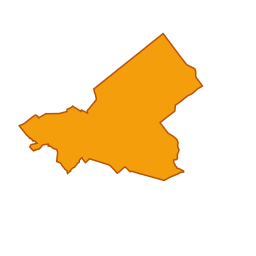 the district of Kombo Central, West Coast, Gambia, rotated 232°
{"feature_id": "56634734B211008456047", "entity_name": "Kombo Central", "entity_type": "district", "adm_level": 2, "iso_a3": "GMB", "parent_name": "Gambia", "parent_adm1": "West Coast", "projection": "robinson", "projection_center": [-16.653, 13.251], "detail": "fine", "context": "isolated", "style": "filled", "palette": "amber", "viewbox_px": 256, "rotation_deg": 232, "n_neighbors": 0, "source": "geoboundaries", "source_scale": "gbopen_adm2", "svg_char_len": 5093}
<svg xmlns="http://www.w3.org/2000/svg" viewBox="0 0 256 256"><g transform="rotate(232 128 128)"><path d="M196.9,43.8L196.6,43.6L185.0,43.8L184.2,43.8L183.4,44.0L183.2,44.1L181.9,44.3L181.2,44.3L180.9,44.2L180.5,44.2L180.3,44.3L179.9,44.4L179.9,44.7L180.1,44.9L179.8,45.0L179.3,45.1L178.9,45.3L178.7,45.4L178.4,45.2L178.1,45.2L177.7,45.1L177.3,45.2L177.0,45.2L176.5,45.1L176.0,45.1L176.0,45.3L176.1,45.5L176.1,46.0L175.9,46.1L175.7,46.3L175.5,46.5L175.3,46.6L174.9,46.6L174.7,46.7L174.2,46.6L173.9,46.7L173.4,46.7L173.0,46.8L172.5,46.8L172.0,46.9L174.6,41.4L173.6,38.9L168.9,39.3L168.8,39.5L168.7,39.6L168.4,39.7L168.0,39.7L168.1,40.0L168.0,40.5L168.0,40.8L167.9,41.0L168.0,41.4L167.4,41.4L167.4,41.9L167.4,42.2L167.3,42.3L166.8,43.6L166.3,44.6L166.3,46.2L166.3,46.6L166.4,46.8L166.5,47.8L166.6,48.2L166.8,48.6L167.0,49.5L167.0,49.9L167.1,50.4L166.9,50.8L166.9,51.1L166.6,51.6L166.3,51.9L166.1,52.5L165.8,52.9L165.2,53.9L165.0,54.2L164.8,54.6L164.5,55.1L164.4,55.3L163.9,55.3L163.7,55.1L163.5,54.8L163.4,54.6L163.3,54.2L163.1,54.0L162.9,53.9L162.7,54.1L162.4,54.7L162.2,54.9L161.9,55.0L161.5,55.3L161.3,55.6L161.2,55.9L161.1,56.0L160.9,56.1L160.7,56.0L160.4,55.9L160.1,56.0L159.4,56.1L159.1,56.2L158.8,56.2L158.6,56.4L158.3,56.5L157.6,56.7L155.3,58.4L155.0,58.6L154.1,58.3L152.3,57.7L152.1,57.5L151.8,57.2L151.1,56.6L150.9,56.4L150.6,56.1L150.0,55.5L149.7,55.2L148.9,54.5L148.7,54.3L148.2,53.8L147.8,53.3L147.2,52.8L146.5,52.1L146.1,51.6L145.9,51.5L145.6,51.2L145.4,51.1L142.8,52.8L142.6,52.9L142.1,53.0L141.9,53.1L141.7,53.1L141.4,53.2L141.2,53.2L140.9,53.3L140.6,53.3L140.4,53.2L140.2,53.2L139.6,52.9L138.7,52.9L138.0,52.9L137.7,52.9L137.5,53.0L137.2,53.0L136.2,53.0L135.8,53.0L135.4,52.9L135.1,52.9L134.7,53.0L134.3,53.0L134.1,53.0L133.9,53.0L133.5,53.2L132.9,53.4L132.4,53.5L131.9,53.6L131.6,53.6L131.1,53.2L130.9,53.0L130.7,52.9L130.4,52.7L130.0,52.6L129.6,52.5L129.4,52.4L129.4,52.9L129.5,53.1L129.5,53.3L129.5,53.6L129.5,53.8L129.5,54.1L129.5,54.3L129.5,54.6L129.5,55.9L129.5,56.2L130.1,56.1L130.1,56.5L130.1,57.3L130.2,57.9L130.2,58.1L130.2,58.3L130.4,58.6L130.4,58.9L130.5,59.6L130.5,60.1L130.2,60.8L129.9,61.8L130.3,62.8L130.5,63.5L130.5,63.8L130.6,64.2L130.7,64.6L131.2,66.5L131.2,67.3L131.1,67.8L131.2,68.6L132.4,69.7L132.5,70.0L132.6,70.4L132.7,70.7L132.7,70.9L132.8,71.4L132.9,71.8L133.0,72.2L133.0,72.9L132.9,73.5L132.6,73.3L132.2,73.2L131.9,73.1L131.1,73.1L129.9,73.1L129.5,73.1L129.0,73.0L128.2,73.1L127.3,73.1L126.9,73.1L126.9,74.1L127.0,74.7L127.1,75.8L127.5,78.6L117.6,85.6L117.4,85.7L116.7,86.2L116.5,86.3L115.3,87.1L113.7,88.2L113.2,88.6L111.2,89.9L109.8,90.6L108.9,90.8L107.4,91.0L104.0,91.3L99.0,91.7L98.9,92.5L98.9,93.0L98.9,95.3L98.9,95.6L98.9,96.0L99.0,96.6L99.1,97.1L99.2,98.0L99.2,98.6L99.3,98.8L99.3,99.3L99.3,99.8L99.2,100.5L99.2,100.9L99.2,101.2L99.1,101.8L98.3,101.9L97.6,102.0L97.1,102.1L96.2,102.2L95.0,102.4L94.6,102.4L93.7,102.5L93.2,102.6L92.9,102.6L92.7,102.7L92.0,103.2L91.6,104.3L83.7,109.9L83.4,110.2L83.3,110.3L76.0,115.7L66.1,123.0L64.6,124.1L64.4,124.3L63.6,129.3L63.4,130.7L61.6,137.3L61.0,139.0L61.0,140.3L60.9,140.5L60.7,141.6L60.6,142.0L59.1,144.8L59.5,145.1L59.9,145.3L63.8,143.5L64.6,143.0L66.5,141.9L66.7,142.0L67.1,142.2L67.4,142.3L67.7,142.3L67.9,142.3L68.4,142.1L68.7,142.0L69.0,142.0L69.3,142.0L69.6,142.0L69.8,142.1L70.0,142.3L70.1,142.5L71.8,142.6L73.2,143.1L74.7,144.5L74.2,145.1L73.9,145.5L73.8,145.9L73.6,146.2L73.5,146.4L73.4,146.6L73.4,146.9L73.4,147.2L73.4,147.5L73.5,147.9L73.6,148.1L73.9,148.3L74.0,148.5L74.4,148.8L74.6,149.0L74.8,149.1L75.1,149.4L75.3,149.5L75.5,149.6L75.8,149.7L76.1,149.9L76.4,150.2L76.6,150.5L76.8,150.9L77.0,151.2L77.4,151.6L77.5,151.9L77.7,152.3L77.8,152.6L78.3,153.3L78.5,153.6L78.8,154.0L79.2,154.5L79.7,154.7L79.9,155.0L82.4,155.5L82.7,156.0L83.4,156.1L85.8,158.6L89.0,159.4L93.1,158.7L98.7,156.6L99.1,156.4L99.3,156.4L112.5,156.5L112.6,163.5L112.5,172.3L112.5,175.3L116.8,179.4L116.5,185.1L116.5,187.0L116.6,191.0L116.6,194.8L115.5,200.2L115.7,202.8L116.0,206.7L115.3,212.5L126.6,212.9L130.6,216.0L133.0,217.1L135.1,216.5L136.0,216.0L139.5,214.3L141.6,213.3L142.9,213.2L149.8,213.2L160.4,213.4L180.8,213.8L180.7,205.8L180.7,198.4L180.6,194.2L180.5,189.0L180.4,178.2L180.3,171.5L180.3,166.9L180.2,160.2L180.2,155.7L180.1,151.4L180.1,150.3L180.0,141.4L179.8,125.0L179.0,124.8L177.5,124.0L176.9,123.7L176.4,123.6L176.2,123.5L175.7,123.3L175.2,123.2L174.7,123.1L174.1,122.8L173.9,122.7L173.5,122.5L172.6,122.0L171.5,121.5L171.2,121.3L170.8,121.1L170.4,120.7L169.9,120.5L169.8,120.3L169.7,120.1L169.4,118.8L168.8,116.0L168.4,114.4L167.7,111.1L167.5,110.8L166.9,107.8L167.0,107.7L166.9,106.9L166.3,106.2L164.7,105.3L165.8,104.7L166.6,104.4L168.2,103.7L170.8,102.4L170.0,101.2L172.9,100.1L173.3,100.1L174.8,99.5L175.6,99.2L177.2,98.4L178.5,98.0L179.2,98.1L179.2,96.8L179.2,96.1L179.2,95.6L179.3,95.3L179.3,94.7L179.4,94.2L179.5,93.9L180.2,91.6L178.6,89.8L180.0,86.9L180.7,85.1L181.1,84.2L181.7,82.8L182.4,81.9L183.2,80.8L189.9,72.0L189.9,71.9L190.9,63.9L193.1,64.0L195.2,63.1L195.5,59.6L195.5,58.8L195.4,49.4L195.6,48.1L195.9,46.3L196.9,43.8Z" fill="#f59e0b" stroke="#b45309" stroke-width="1.5"/></g></svg>